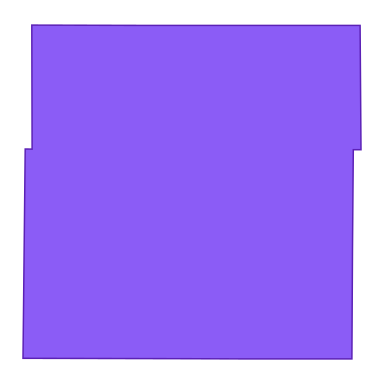 outline of Anderson, Kansas, United States of America
{"feature_id": "52423323B39153241974735", "entity_name": "Anderson", "entity_type": "district", "adm_level": 2, "iso_a3": "USA", "parent_name": "United States of America", "parent_adm1": "Kansas", "projection": "orthographic", "projection_center": [-95.278, 38.214], "detail": "fine", "context": "isolated", "style": "filled", "palette": "violet", "viewbox_px": 384, "rotation_deg": 0, "n_neighbors": 0, "source": "geoboundaries", "source_scale": "gbopen_adm2", "svg_char_len": 292}
<svg xmlns="http://www.w3.org/2000/svg" viewBox="0 0 384 384"><path d="M23.0,358.3L186.9,358.7L242.3,358.9L351.9,358.9L352.5,248.7L352.6,235.3L353.3,149.7L361.0,149.7L360.1,25.4L141.7,25.4L31.8,25.1L32.1,149.1L25.2,149.0L23.0,358.3Z" fill="#8b5cf6" stroke="#5b21b6" stroke-width="1.5"/></svg>